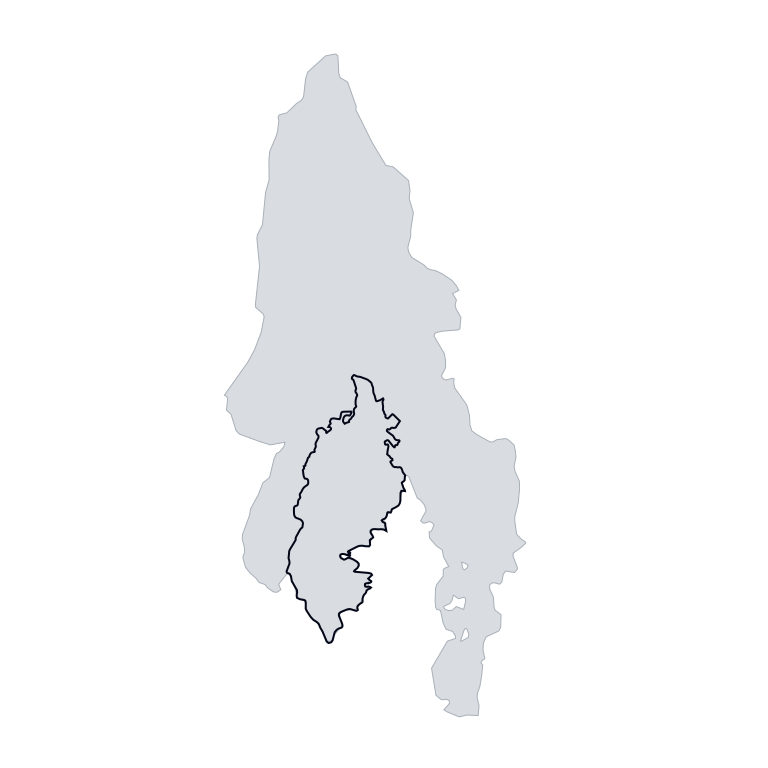 where Jalal-Abad sits in Kyrgyzstan, rotated 276°
{"feature_id": "KGZ-1120", "entity_name": "Jalal-Abad", "entity_type": "Region", "adm_level": 1, "iso_a3": "KGZ", "parent_name": "Kyrgyzstan", "parent_adm1": "", "projection": "albers", "projection_center": [73.017, 41.512], "detail": "fine", "context": "in_parent", "style": "outline", "palette": "ink", "viewbox_px": 768, "rotation_deg": 276, "n_neighbors": 0, "source": "natural_earth", "source_scale": "10m", "svg_char_len": 9793}
<svg xmlns="http://www.w3.org/2000/svg" viewBox="0 0 768 768"><g transform="rotate(276 384 384)"><path d="M165.5,459.9L167.5,458.7L173.7,457.5L186.3,456.6L190.5,457.6L199.0,462.9L205.6,462.4L206.8,463.1L209.2,467.5L218.4,461.2L225.0,459.4L228.5,453.0L235.6,445.4L241.7,444.3L241.8,445.5L242.9,446.6L249.1,448.5L251.0,446.5L252.0,443.7L249.9,439.2L249.8,437.4L251.8,434.7L261.6,438.9L263.8,438.9L268.3,436.5L272.4,432.4L273.9,429.1L294.0,418.6L295.4,416.6L295.1,415.2L286.7,412.8L282.9,414.2L279.4,414.2L277.3,412.6L267.1,412.0L264.9,410.9L258.2,403.2L249.8,398.3L245.8,398.6L240.9,400.5L239.4,399.6L239.1,392.4L238.2,388.0L235.3,387.0L231.6,388.7L221.4,386.2L220.3,377.1L216.6,369.1L211.2,365.8L211.1,361.0L209.3,358.9L207.6,359.5L205.5,361.9L206.5,367.2L205.6,372.5L204.3,375.1L202.0,377.0L199.3,377.0L194.7,374.3L193.7,390.3L192.8,391.3L187.2,388.9L182.8,389.8L176.2,388.7L171.3,385.9L161.6,382.7L157.1,379.6L154.6,368.8L152.0,364.9L149.5,364.0L139.2,367.4L128.8,360.5L123.6,359.0L122.3,356.9L122.6,354.5L138.9,343.0L145.5,334.9L149.5,331.5L159.6,328.1L162.1,320.6L163.0,319.7L173.2,316.3L184.7,309.9L185.0,308.1L183.9,306.5L173.8,300.2L168.6,302.9L165.6,299.3L165.7,295.6L169.2,289.5L172.2,286.5L173.5,280.6L177.7,276.7L182.1,270.4L187.3,265.4L196.8,261.7L202.1,263.0L207.1,262.2L214.8,259.2L219.5,259.0L239.3,264.0L245.8,264.3L261.1,270.7L273.1,273.9L279.0,279.9L298.3,282.5L303.6,284.3L305.6,287.2L311.1,290.9L315.8,291.7L311.6,277.3L313.2,268.7L319.1,245.3L322.3,241.7L337.9,235.0L341.4,230.1L352.7,230.0L355.0,229.1L356.2,226.4L391.3,246.2L404.6,251.7L422.9,256.5L438.4,257.8L441.0,256.5L446.9,248.3L449.8,247.8L488.1,247.9L515.3,242.4L519.3,242.5L529.7,246.5L562.1,246.2L575.0,248.4L595.1,246.1L603.6,246.1L619.3,250.9L624.7,251.8L634.8,251.9L638.5,250.7L640.8,251.9L643.5,259.0L653.6,267.5L657.5,272.2L661.2,274.0L679.3,274.1L686.2,275.5L704.2,291.6L707.2,301.5L705.7,303.8L688.0,306.6L684.1,308.4L680.4,316.3L657.2,327.3L653.7,327.4L622.8,347.0L601.5,363.1L601.0,370.2L588.9,387.1L579.2,389.6L570.9,389.7L557.4,395.3L539.8,394.5L533.8,395.1L522.2,393.4L517.6,394.8L512.8,398.3L506.5,411.4L503.9,414.5L502.7,417.5L502.0,423.8L499.6,430.5L494.2,440.7L489.4,445.6L484.9,448.7L481.1,442.7L475.2,447.2L469.6,446.5L466.1,447.9L458.4,453.5L446.8,453.7L445.5,451.9L442.8,437.3L440.6,430.4L438.9,428.9L436.8,428.8L420.5,440.8L412.8,443.0L406.5,443.5L398.2,440.3L396.4,441.1L395.0,443.0L394.5,445.4L397.0,451.9L396.4,453.2L392.6,453.2L387.4,454.8L371.7,468.6L361.6,472.3L352.2,473.8L346.6,476.3L343.5,481.3L337.5,495.4L337.8,498.3L340.4,502.0L342.4,510.4L342.0,512.6L337.0,519.7L330.5,521.8L325.4,522.9L315.7,522.0L310.7,523.5L301.5,528.8L293.9,529.8L279.6,529.9L265.5,527.9L260.9,528.5L248.5,531.6L244.2,536.5L241.8,541.0L240.6,541.6L235.7,537.4L229.4,530.2L226.3,530.3L215.0,536.0L213.4,535.8L210.2,533.5L210.7,524.5L207.2,522.5L199.5,521.9L197.0,519.9L197.9,514.0L197.1,511.8L195.2,510.1L191.2,510.5L183.2,515.2L173.8,516.7L170.6,518.2L166.8,524.5L154.3,525.5L150.4,524.0L143.2,512.0L136.8,510.0L130.2,510.2L121.2,513.0L119.2,510.4L116.9,509.6L114.8,511.6L103.9,511.6L92.8,510.9L86.5,509.3L82.4,509.2L74.1,512.1L64.1,512.3L63.5,501.2L60.8,493.7L64.3,481.6L66.2,477.7L73.4,482.6L76.1,481.9L76.9,479.5L76.0,474.0L79.9,468.2L106.3,461.0L134.9,473.9L138.4,481.7L140.9,481.4L145.1,478.1L146.5,471.5L152.2,467.9L164.7,463.8L165.5,459.9ZM179.7,487.2L180.3,486.1L178.3,480.4L181.3,475.1L175.5,474.1L172.5,472.4L169.3,467.0L168.2,466.7L166.4,468.1L165.4,471.6L166.1,475.5L170.2,479.2L168.1,486.8L176.7,487.9L179.7,487.2ZM149.4,491.8L149.2,490.2L147.2,489.3L136.3,486.9L136.7,488.5L140.7,494.2L143.9,494.6L149.4,491.8ZM214.2,483.3L214.9,479.8L208.3,481.8L207.6,483.6L209.7,485.8L212.5,486.7L214.2,483.3Z" fill="#d9dde1" stroke="#a8b0b8" stroke-width="1"/><path d="M167.6,319.4L170.0,318.9L178.3,312.9L183.1,311.6L185.3,310.1L186.2,307.2L187.5,306.7L195.2,308.7L195.9,308.7L196.7,308.7L198.8,308.1L200.7,307.3L207.9,307.2L209.5,307.7L219.1,312.2L219.9,312.5L221.0,312.2L222.9,312.6L230.5,315.8L231.5,316.5L232.9,317.8L236.7,318.0L237.8,317.7L238.9,317.1L240.2,315.6L240.8,314.1L241.4,311.7L241.7,310.7L242.3,309.7L243.1,309.0L244.4,308.4L245.5,308.1L249.8,307.5L251.6,307.5L252.4,307.7L253.3,308.5L254.0,310.2L254.7,310.7L255.7,310.9L257.5,310.8L259.6,311.0L261.6,312.3L262.5,312.6L264.9,311.8L265.8,311.8L267.7,312.9L270.8,314.1L272.1,314.8L273.2,315.6L275.9,318.6L276.8,318.9L277.7,319.0L279.5,318.8L280.7,318.3L281.4,317.6L281.6,316.9L281.7,315.2L282.7,314.4L284.2,313.7L289.8,312.3L290.3,312.4L290.8,312.9L292.0,313.4L293.8,312.8L294.2,313.8L294.4,314.2L294.7,314.4L295.1,314.2L295.7,314.2L296.5,314.4L299.5,315.5L302.1,316.0L302.8,316.2L303.6,317.1L304.0,317.4L305.0,317.4L306.3,317.8L307.4,318.4L308.2,319.2L308.7,320.3L309.1,321.8L309.3,322.1L309.5,322.2L311.1,321.7L311.7,321.8L314.2,322.7L315.1,322.7L316.8,322.2L317.6,322.2L318.4,322.3L323.7,324.4L324.4,324.4L325.3,324.3L325.8,324.1L326.9,322.8L328.9,321.7L329.7,321.7L331.0,321.9L332.3,322.5L332.9,323.6L333.9,326.8L333.5,327.8L332.2,329.8L331.6,330.9L331.3,331.2L331.0,331.4L329.5,331.6L329.4,331.7L329.3,332.0L329.5,332.3L330.8,333.4L332.1,335.0L332.8,335.6L333.4,336.0L334.0,336.0L334.5,335.8L334.9,335.5L335.3,335.0L335.5,334.6L335.5,334.1L335.5,333.1L337.5,334.0L339.0,335.1L339.4,335.0L340.9,334.1L341.1,334.1L343.4,334.9L343.9,335.4L344.3,336.4L344.5,337.5L344.5,338.8L344.3,343.4L344.6,343.7L346.7,344.2L349.2,344.3L351.1,344.7L351.5,344.9L351.7,345.3L352.0,345.9L352.3,347.5L353.1,353.8L353.1,354.3L352.7,354.6L352.0,354.6L350.1,353.9L349.3,353.4L348.9,352.8L349.1,351.2L348.9,350.0L348.7,349.3L348.3,348.7L347.9,348.2L346.8,347.6L345.7,347.3L343.3,347.0L342.9,347.1L342.2,347.4L340.4,349.0L340.6,349.5L340.8,349.5L341.4,350.5L342.3,352.6L342.6,353.2L343.6,353.0L344.9,353.5L345.3,353.9L345.9,354.7L346.3,355.0L347.4,355.3L349.0,356.7L350.3,357.3L351.0,357.4L351.6,357.4L353.5,356.8L354.4,356.7L355.8,356.8L356.6,357.2L357.2,357.6L358.5,358.7L358.9,358.7L360.7,357.9L362.1,357.7L365.1,357.5L368.2,357.9L369.0,358.3L369.6,358.5L370.3,358.4L371.6,357.8L372.8,356.7L373.4,356.4L374.5,356.4L375.2,356.4L376.2,356.8L377.2,356.6L384.4,353.4L385.1,352.8L385.3,352.1L385.5,351.9L386.2,351.4L387.5,351.5L389.1,352.5L389.7,353.0L389.7,353.8L388.8,356.0L388.7,356.9L388.6,359.4L388.5,360.2L388.0,361.9L387.3,364.9L386.6,367.1L386.3,367.8L384.3,370.7L383.9,371.2L383.4,371.5L381.7,372.2L379.6,373.3L378.6,373.6L375.0,374.2L374.1,374.5L373.2,374.9L371.7,375.8L367.0,377.6L366.4,377.9L366.1,378.3L366.2,378.9L367.0,380.8L367.3,381.4L368.9,383.7L369.6,384.5L369.3,384.8L368.4,385.1L366.7,384.5L365.9,384.4L361.2,385.5L358.2,385.6L356.4,386.8L354.5,387.5L353.5,388.6L353.0,388.8L351.5,388.8L351.0,389.1L350.7,389.5L350.2,390.7L350.1,391.2L350.2,391.7L354.8,395.4L354.7,396.1L353.9,397.3L348.8,403.7L342.0,400.2L341.7,399.8L341.5,399.3L341.3,398.1L341.4,397.1L341.3,396.3L341.1,395.8L339.8,394.8L339.5,394.4L339.3,393.7L339.5,392.6L339.4,392.2L339.1,392.0L338.5,391.7L337.6,391.8L336.6,393.0L333.6,398.2L333.2,398.6L331.0,400.2L330.3,400.8L329.8,401.5L329.6,402.2L329.5,402.8L329.6,404.8L329.5,405.1L329.3,405.3L329.0,405.4L328.2,405.2L326.7,404.0L325.2,403.8L324.8,403.6L324.6,403.3L324.4,401.9L324.2,401.6L323.9,401.5L322.5,401.3L322.2,401.2L322.1,400.9L322.5,400.2L323.2,399.3L328.1,394.5L328.4,394.0L328.5,393.6L328.4,392.9L327.0,391.0L326.8,390.8L326.4,390.8L324.7,391.2L324.3,391.3L324.0,391.6L323.8,392.2L324.2,393.4L324.2,394.0L324.0,394.3L323.7,394.5L322.9,394.8L322.2,394.9L317.2,394.5L315.3,394.6L314.6,394.4L314.0,395.0L312.9,396.8L312.5,397.3L311.3,398.2L310.4,400.1L309.9,400.3L309.1,400.4L308.8,400.1L308.4,399.4L307.8,398.7L307.5,398.5L307.2,398.5L306.8,398.7L303.7,401.0L302.8,402.1L302.5,403.0L302.5,403.7L302.7,404.8L302.5,406.2L302.5,406.6L302.9,407.9L302.9,408.3L302.7,409.3L302.2,409.9L301.4,410.5L298.0,412.1L295.3,414.7L294.0,414.4L290.5,414.6L289.3,413.8L288.5,412.6L287.5,412.0L283.1,414.0L280.4,415.9L279.7,416.1L279.8,414.8L279.6,412.5L277.3,411.8L269.7,412.5L267.1,412.2L264.8,411.2L263.0,409.1L260.5,405.2L259.4,404.7L257.9,404.6L256.8,404.1L256.9,402.3L257.0,401.8L256.9,401.4L256.8,401.1L256.5,400.8L253.3,400.5L251.7,400.0L250.4,399.2L248.8,396.5L248.0,396.0L246.9,396.9L246.6,397.4L245.9,399.5L245.5,399.8L243.3,400.1L238.1,401.7L238.9,399.8L239.3,398.4L239.3,396.9L238.8,392.8L238.8,390.6L238.5,388.4L237.8,386.9L236.4,386.0L234.9,386.2L233.5,387.1L232.3,388.2L230.5,389.3L229.5,388.7L228.6,387.4L227.2,386.2L222.5,387.0L221.0,386.2L220.7,382.9L220.9,379.6L220.6,377.0L219.7,374.7L214.3,366.4L213.9,365.9L213.4,365.7L213.0,366.0L212.9,367.7L212.4,368.1L211.9,367.8L211.6,366.6L211.0,366.3L210.7,366.7L210.4,367.6L210.1,368.2L209.5,368.0L209.5,367.0L210.6,362.7L210.7,361.0L210.4,359.5L209.6,358.5L208.4,358.3L207.1,358.8L206.3,359.6L205.1,362.6L205.7,363.9L207.3,366.1L207.5,367.5L207.2,369.1L206.4,371.7L204.3,375.9L202.7,377.6L200.7,377.9L198.2,376.8L195.4,374.1L194.6,373.8L194.2,374.8L194.5,388.3L194.1,391.0L192.8,392.1L188.8,388.6L187.3,390.5L186.6,391.9L185.9,392.0L185.1,391.2L184.6,390.1L183.9,387.1L183.3,386.1L181.9,386.0L180.6,386.6L180.5,387.7L180.7,389.1L180.8,390.8L180.2,392.3L179.3,391.6L177.8,389.1L176.9,388.3L174.7,387.9L173.7,387.3L172.5,386.3L171.2,385.7L168.4,385.1L165.9,385.4L164.7,385.3L163.7,384.2L162.9,383.1L161.9,382.1L160.9,381.3L159.8,380.8L158.5,380.9L157.3,381.4L156.3,381.5L155.6,380.4L155.6,379.1L156.6,374.3L156.5,372.6L156.0,371.0L152.9,365.2L151.9,363.9L150.8,363.2L148.8,363.4L141.5,367.3L139.5,368.0L138.1,367.9L137.2,367.1L135.9,364.3L135.1,363.2L134.1,362.3L131.9,360.9L123.7,359.7L121.6,358.5L120.6,355.9L121.9,353.9L131.5,348.7L135.1,346.0L137.0,345.1L138.8,344.0L140.3,342.0L142.1,338.3L144.7,335.4L150.6,330.6L152.4,329.6L158.2,329.1L160.3,328.4L160.9,327.1L161.2,322.6L162.3,319.8L164.7,319.2L167.6,319.4Z" fill="none" stroke="#020617" stroke-width="2"/></g></svg>